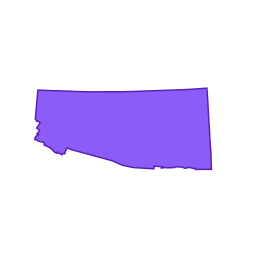 outline of Noordwijk, Zuid-Holland, Netherlands, rotated 63°
{"feature_id": "6326949B12806125708238", "entity_name": "Noordwijk", "entity_type": "district", "adm_level": 2, "iso_a3": "NLD", "parent_name": "Netherlands", "parent_adm1": "Zuid-Holland", "projection": "albers", "projection_center": [4.48, 52.27], "detail": "fine", "context": "isolated", "style": "filled", "palette": "violet", "viewbox_px": 256, "rotation_deg": 63, "n_neighbors": 0, "source": "geoboundaries", "source_scale": "gbopen_adm2", "svg_char_len": 4081}
<svg xmlns="http://www.w3.org/2000/svg" viewBox="0 0 256 256"><g transform="rotate(63 128 128)"><path d="M188.5,65.7L187.5,65.3L185.5,64.5L185.1,64.3L173.8,59.5L167.6,56.7L158.1,52.6L143.6,46.2L142.3,45.6L128.3,39.6L122.3,53.9L116.0,67.8L110.5,79.5L103.6,94.3L98.7,105.0L92.5,117.8L78.9,144.7L72.8,156.1L65.6,168.9L58.6,181.7L53.3,191.1L77.0,205.9L77.4,206.0L77.8,206.4L77.9,206.5L78.0,206.5L78.3,206.6L78.5,206.6L79.0,206.3L79.7,205.9L79.8,205.8L80.0,205.8L80.3,205.9L80.3,206.0L80.3,206.3L80.6,206.4L80.7,206.2L80.7,205.9L80.8,205.7L81.0,205.4L81.1,205.2L81.3,205.1L81.3,204.9L81.5,204.8L81.6,204.7L82.1,204.5L82.1,204.4L83.4,203.8L83.6,204.1L84.6,205.9L85.1,206.7L85.2,207.0L86.6,209.4L89.9,207.7L90.7,209.4L90.9,209.3L91.1,210.0L91.4,210.8L91.6,211.2L91.7,211.6L91.8,211.8L92.4,211.4L92.6,211.3L92.8,211.1L93.3,210.9L93.3,211.7L93.3,211.8L93.3,212.2L93.4,212.4L93.4,212.5L93.5,213.1L93.6,213.4L93.6,213.5L93.8,213.8L93.9,214.0L94.0,214.3L94.1,214.5L94.4,215.0L94.6,215.1L94.6,215.3L94.8,215.4L95.0,215.4L95.0,215.5L95.4,215.8L95.7,216.2L95.9,216.4L96.0,216.2L96.2,215.9L96.3,215.8L96.4,215.6L96.6,215.3L97.1,214.8L97.3,214.7L97.8,214.5L98.2,214.3L99.5,213.4L99.7,213.2L99.8,212.9L100.2,212.4L100.7,211.9L101.2,211.2L101.5,210.9L101.8,210.5L102.1,210.3L102.1,210.2L102.3,210.1L102.5,209.8L102.5,209.7L102.9,209.2L103.0,209.1L103.4,209.3L104.0,209.7L104.6,210.2L104.8,210.2L105.0,210.1L105.3,210.2L105.5,210.3L105.7,210.0L105.8,209.8L106.0,209.7L106.0,209.4L106.1,209.2L106.7,209.1L106.8,209.0L107.0,208.9L107.2,208.6L107.3,208.5L107.4,208.4L107.5,208.4L107.8,208.2L108.0,208.1L108.3,207.8L108.5,207.7L108.8,207.5L109.1,207.3L109.3,207.1L109.5,206.9L110.1,206.7L110.5,206.4L110.5,206.5L111.6,205.9L112.7,205.4L112.8,205.5L113.1,205.3L113.2,205.2L113.7,205.0L113.9,204.9L114.4,205.0L114.6,205.0L114.8,204.9L115.1,204.6L115.4,204.4L115.6,204.4L115.9,204.3L116.2,204.3L116.4,204.2L116.5,204.2L117.2,203.8L117.6,203.2L118.2,202.9L117.3,201.9L117.7,201.6L117.9,201.5L118.4,201.3L118.5,201.6L118.7,201.4L119.1,201.1L119.2,200.9L119.3,200.8L119.6,200.6L119.9,200.4L120.0,200.3L120.5,200.1L120.8,199.7L121.3,199.3L121.5,199.2L121.9,199.0L122.0,198.8L120.9,197.8L122.3,196.0L122.2,195.9L121.8,195.7L120.6,194.6L120.1,194.1L119.7,193.6L119.1,193.2L119.2,192.9L119.3,192.8L118.8,192.3L118.3,191.5L118.4,191.4L118.5,191.4L118.4,191.1L119.1,190.4L119.8,189.6L120.4,189.2L120.5,189.2L120.5,189.3L120.8,189.1L124.1,185.5L131.8,177.0L138.0,170.2L144.1,163.4L145.9,161.5L147.3,159.9L149.2,157.8L149.6,157.5L150.2,156.7L151.2,156.0L152.9,154.5L154.9,152.9L156.1,152.0L157.9,150.5L158.2,150.3L158.5,150.0L159.3,149.0L161.2,146.7L162.1,145.6L162.7,145.0L164.1,143.1L164.7,142.4L165.6,141.2L166.3,140.1L167.3,138.5L168.5,136.4L169.1,135.3L170.1,133.7L171.3,131.6L171.6,131.2L172.6,129.4L172.8,129.2L173.8,127.4L175.9,123.8L176.1,123.5L174.9,122.6L174.5,122.4L174.1,122.2L173.7,122.0L175.6,119.1L177.9,115.5L178.1,115.1L178.3,115.0L178.8,116.4L179.1,116.1L179.1,115.0L179.2,114.9L179.4,114.5L179.3,114.4L179.6,113.9L179.8,113.5L179.9,113.3L180.0,113.1L180.1,112.9L180.3,112.6L180.4,112.4L180.6,112.0L180.9,111.6L181.5,110.6L181.7,110.2L181.8,110.1L181.9,109.7L182.8,107.9L182.9,107.7L183.0,107.5L183.2,107.1L183.5,106.4L183.6,106.2L184.0,105.2L184.3,104.5L184.4,104.4L184.4,104.1L184.3,103.9L184.2,103.7L184.2,103.4L184.4,102.8L184.6,102.5L184.8,102.2L185.3,101.2L185.6,100.7L185.8,100.4L186.2,99.7L186.5,98.9L186.7,98.6L186.9,98.2L187.1,97.9L187.3,97.7L187.8,97.2L188.1,97.0L188.5,96.6L189.0,96.2L189.3,95.9L189.5,95.8L189.6,95.6L189.8,95.4L189.9,95.2L190.0,95.0L190.0,94.8L190.0,94.6L190.1,94.3L190.2,94.2L190.2,93.9L190.2,93.7L190.2,93.3L190.2,93.2L190.2,92.9L190.3,92.8L190.3,92.7L190.5,92.4L190.6,92.2L191.0,91.6L191.1,91.4L191.4,91.0L191.6,90.6L191.7,90.3L191.8,90.2L192.3,89.6L192.8,89.2L193.1,88.8L193.3,88.6L193.4,88.4L193.6,88.1L193.9,87.7L194.0,87.5L194.7,86.3L195.5,86.7L201.3,75.1L202.7,72.4L200.0,71.2L197.9,70.2L197.5,70.0L197.4,69.9L194.3,68.6L192.1,67.4L191.5,67.2L191.4,67.1L190.7,66.8L189.5,66.2L188.8,65.9L188.5,65.7Z" fill="#8b5cf6" stroke="#5b21b6" stroke-width="1.5"/></g></svg>